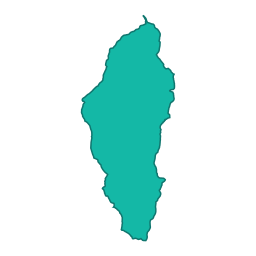 outline of Stanceni, Mures, Romania
{"feature_id": "2599482B71478398242388", "entity_name": "Stanceni", "entity_type": "district", "adm_level": 2, "iso_a3": "ROU", "parent_name": "Romania", "parent_adm1": "Mures", "projection": "orthographic", "projection_center": [25.249, 46.944], "detail": "fine", "context": "isolated", "style": "filled", "palette": "teal", "viewbox_px": 256, "rotation_deg": 0, "n_neighbors": 0, "source": "geoboundaries", "source_scale": "gbopen_adm2", "svg_char_len": 5848}
<svg xmlns="http://www.w3.org/2000/svg" viewBox="0 0 256 256"><path d="M145.8,240.6L146.6,239.3L146.9,238.5L147.1,237.9L147.2,237.0L147.2,236.5L146.9,234.6L147.1,233.9L147.3,232.5L147.7,231.9L149.2,230.1L150.3,227.7L150.3,226.2L150.1,225.1L150.1,224.3L150.0,222.6L150.1,221.3L150.3,220.8L150.5,220.1L150.8,219.8L152.6,218.8L153.1,218.2L153.5,217.5L153.7,216.5L154.4,215.4L155.3,213.7L155.6,212.7L155.8,211.5L155.8,209.0L155.5,207.0L155.5,206.6L155.8,204.1L155.9,203.4L155.8,202.1L155.9,201.9L156.7,201.3L157.5,200.4L157.7,199.9L157.7,199.3L157.8,199.0L160.1,196.1L160.7,194.2L160.7,193.4L160.5,192.6L159.9,191.7L159.4,190.7L159.3,190.2L160.2,189.3L160.4,188.5L160.9,187.5L161.3,186.5L161.5,185.7L161.9,185.2L162.0,183.9L162.0,183.3L162.1,182.9L162.4,182.6L163.2,182.1L164.4,181.2L164.9,180.6L165.3,179.8L165.3,179.7L165.1,179.5L163.7,178.3L161.7,178.1L161.0,178.1L159.4,177.9L158.9,177.6L158.4,177.2L157.6,176.1L157.4,175.5L157.3,175.2L157.2,173.6L156.7,172.9L156.5,172.4L156.5,169.9L156.3,168.7L155.8,167.0L155.2,166.3L154.7,165.1L154.3,164.4L154.1,163.8L154.0,162.7L155.0,158.7L155.3,155.4L156.1,153.6L156.6,153.1L157.7,152.4L158.0,151.2L158.1,150.6L159.4,147.7L159.5,147.3L159.5,146.6L159.8,145.7L159.8,145.0L160.0,144.0L160.0,143.1L160.1,142.4L160.1,141.7L160.3,140.4L160.3,139.7L160.4,139.3L160.3,138.5L160.4,137.5L160.5,136.5L160.4,135.3L160.1,134.7L160.0,134.1L160.1,133.7L160.7,132.6L160.5,131.5L160.6,131.2L160.5,130.8L160.5,130.6L160.9,130.1L161.0,129.7L160.5,128.8L160.3,128.3L160.1,127.7L160.2,126.7L160.3,126.0L160.9,124.9L161.8,123.9L161.8,123.6L162.4,123.1L162.9,122.8L162.9,122.3L163.4,122.1L163.6,121.8L164.1,121.5L164.5,120.8L165.0,120.4L164.7,120.1L164.9,119.6L166.4,119.2L167.4,118.4L168.0,118.1L169.0,117.8L169.8,117.6L169.8,117.1L169.7,116.3L169.7,115.3L169.6,114.8L169.3,114.4L168.5,113.9L168.1,113.4L168.1,112.6L168.3,111.6L168.4,110.4L168.7,109.2L168.9,107.8L169.4,106.9L170.1,104.1L170.7,102.9L171.1,102.4L172.3,101.7L172.8,101.3L173.7,100.2L174.0,99.3L174.1,98.6L173.7,96.7L173.7,95.7L173.5,94.9L173.5,94.0L173.4,93.4L173.0,92.8L172.9,92.3L172.7,92.1L170.3,91.3L169.8,91.0L169.7,90.7L169.9,90.4L170.1,90.3L171.1,89.7L173.3,89.4L174.1,88.6L174.4,88.0L174.5,86.2L174.4,85.7L174.5,85.4L174.4,85.0L174.4,83.4L174.0,82.1L174.0,81.2L173.5,79.6L173.6,78.9L173.2,77.6L173.3,76.0L173.5,75.3L174.0,74.5L174.1,74.2L172.8,73.7L172.4,73.1L171.1,71.8L170.8,70.8L170.3,70.1L169.4,69.5L168.5,68.5L168.1,68.4L166.7,68.8L165.9,68.8L164.5,67.6L163.8,66.5L163.5,65.7L163.5,65.2L163.7,64.7L163.5,64.1L161.9,62.1L160.9,60.9L159.8,59.2L158.3,57.9L157.2,56.1L156.8,55.4L156.4,54.8L156.5,54.6L156.8,54.1L158.5,51.9L158.9,51.1L159.2,50.0L159.3,48.9L159.9,45.8L160.1,42.3L159.9,41.8L159.1,41.1L159.2,40.2L159.5,39.3L159.7,36.7L160.0,36.3L160.1,35.5L160.2,34.2L160.1,33.6L159.8,32.9L158.7,30.9L157.5,29.3L156.9,28.9L155.7,28.3L154.7,27.3L154.6,26.9L154.5,25.9L154.2,25.1L153.5,24.4L152.9,24.0L151.8,24.0L151.4,23.8L148.7,22.8L148.0,22.7L147.8,22.6L146.9,21.5L146.5,20.4L146.1,19.0L145.7,18.2L143.9,16.1L143.0,15.4L143.3,16.1L144.1,17.1L144.7,18.1L144.9,18.7L145.8,20.0L145.7,20.7L145.5,21.7L145.6,22.5L145.8,23.0L145.9,23.7L145.0,24.1L144.9,24.3L143.1,25.1L140.9,25.6L140.3,25.9L139.8,26.7L139.5,27.9L138.9,28.6L138.0,29.1L136.1,29.5L135.7,29.8L135.0,30.5L133.8,31.4L132.5,31.6L131.4,32.1L131.0,32.2L130.3,32.7L129.5,33.7L128.8,34.3L128.2,34.5L126.3,34.8L125.9,35.0L125.0,35.1L123.8,35.3L123.2,35.7L121.4,37.3L120.8,38.6L119.8,40.1L119.2,40.5L118.5,40.7L118.2,41.1L117.6,41.6L117.4,41.6L117.4,41.8L116.8,42.4L115.6,45.1L114.7,46.1L114.1,46.5L113.7,47.2L113.2,47.8L113.0,48.0L112.5,48.1L110.5,48.4L109.8,49.2L109.7,49.5L109.5,51.0L109.6,51.4L109.5,52.4L108.9,53.8L108.9,54.2L108.3,55.5L108.2,56.5L108.4,57.4L108.4,58.3L108.2,59.1L107.6,59.7L106.6,60.3L105.8,63.5L105.6,65.0L106.3,66.0L106.9,66.6L106.2,68.1L106.1,69.2L105.5,70.2L103.3,75.1L103.3,77.5L102.9,78.9L102.9,80.0L101.7,81.6L99.9,82.9L99.0,84.1L97.9,86.1L97.1,86.3L96.1,87.0L95.2,87.8L94.1,89.0L93.6,89.3L93.2,89.7L93.0,90.3L89.2,93.7L87.6,94.6L84.4,97.5L83.4,98.0L82.5,98.9L82.3,99.4L82.3,100.4L82.6,100.7L82.7,101.1L83.9,101.4L84.2,101.7L84.7,102.4L83.4,104.1L83.1,104.7L82.9,106.3L81.6,109.9L81.7,110.9L81.5,112.2L81.7,113.1L82.6,115.2L82.6,116.2L83.6,118.0L84.2,118.7L84.5,119.3L85.1,121.4L86.2,121.6L87.6,122.9L89.6,125.3L90.0,126.2L90.2,127.1L90.8,129.3L91.5,130.9L91.8,132.3L91.9,135.7L91.5,136.5L91.9,137.8L91.1,142.3L90.8,148.1L92.7,154.4L93.6,156.5L93.9,158.0L96.8,159.2L97.9,160.0L98.0,161.5L98.2,162.0L98.7,162.7L99.6,163.5L99.9,164.1L100.8,164.7L100.9,165.0L101.3,166.8L101.5,167.3L102.8,169.5L103.7,170.7L105.1,172.3L107.7,174.4L107.1,175.7L105.3,178.5L105.3,179.1L105.5,179.7L105.3,180.3L104.8,181.2L104.8,181.6L105.1,182.6L105.0,183.1L104.9,183.5L104.9,183.9L105.0,184.2L105.0,184.8L105.2,185.5L105.2,185.9L104.7,186.7L104.1,186.8L102.9,187.7L102.4,188.6L102.5,188.8L103.3,189.3L103.9,190.2L104.4,191.9L104.6,192.7L104.6,193.1L104.8,193.2L105.3,194.9L105.8,195.7L106.0,196.0L106.5,196.1L107.1,196.0L107.6,196.0L108.3,197.1L108.5,197.8L109.5,199.6L110.1,201.0L110.8,202.1L111.2,202.5L113.4,203.3L113.9,203.4L114.1,204.2L114.2,205.5L114.1,206.1L113.8,206.6L113.8,206.8L113.9,207.1L113.7,207.2L114.7,207.5L115.5,207.9L115.7,208.2L116.6,208.7L117.2,209.5L119.2,211.2L119.7,212.1L119.7,212.8L120.2,213.4L120.4,213.5L121.3,214.8L121.3,215.0L121.8,216.0L121.9,216.6L122.3,217.4L122.2,220.6L122.1,221.6L122.4,222.6L122.4,223.5L122.1,224.5L122.0,226.3L121.6,228.3L121.6,228.8L121.3,229.6L121.8,230.2L123.1,230.3L123.8,230.6L125.2,231.6L126.0,231.9L126.8,232.5L127.2,232.6L129.0,233.8L129.8,234.7L130.6,235.4L130.8,236.0L131.4,236.4L131.8,236.8L132.5,238.5L132.9,238.8L133.3,238.8L135.0,238.3L135.7,238.3L136.7,238.6L138.3,239.4L138.6,239.4L139.4,239.1L140.0,239.2L140.9,238.6L141.6,239.3L142.7,240.3L143.5,240.5L145.8,240.6Z" fill="#14b8a6" stroke="#0f766e" stroke-width="1.5"/></svg>